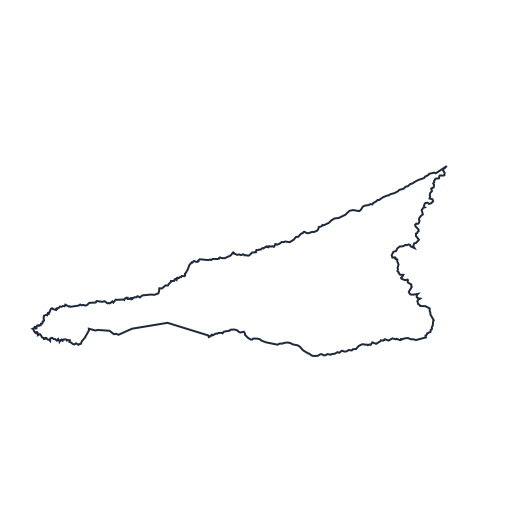 the district of Jaborandi, Bahia, Brazil, rotated 198°
{"feature_id": "56859067B63285014650329", "entity_name": "Jaborandi", "entity_type": "district", "adm_level": 2, "iso_a3": "BRA", "parent_name": "Brazil", "parent_adm1": "Bahia", "projection": "mercator", "projection_center": [-45.328, -14.136], "detail": "fine", "context": "isolated", "style": "outline", "palette": "slate", "viewbox_px": 512, "rotation_deg": 198, "n_neighbors": 0, "source": "geoboundaries", "source_scale": "gbopen_adm2", "svg_char_len": 6123}
<svg xmlns="http://www.w3.org/2000/svg" viewBox="0 0 512 512"><g transform="rotate(198 256 256)"><path d="M338.0,195.4L337.3,192.6L337.3,190.3L340.6,187.7L344.2,186.8L351.9,183.4L353.6,180.7L355.9,181.2L356.5,180.9L357.1,179.7L358.8,179.2L359.8,178.1L361.6,177.4L360.7,176.6L361.3,176.2L362.2,176.6L364.7,175.4L365.3,175.7L365.3,176.6L366.1,176.4L367.5,175.1L367.7,173.4L368.8,173.6L374.5,171.4L375.9,171.2L377.3,167.6L378.6,168.4L380.3,165.8L381.4,165.8L382.6,165.1L386.1,166.2L388.1,164.9L393.7,163.9L394.1,162.2L400.1,159.9L401.5,157.2L402.9,156.1L405.1,156.1L406.7,155.2L408.2,155.5L409.4,154.0L416.9,150.3L417.7,150.6L418.4,150.1L422.3,150.8L422.5,149.1L424.1,148.8L425.3,147.6L426.8,147.4L427.7,145.5L428.5,145.1L429.0,143.5L429.7,144.1L430.2,142.8L432.6,142.8L433.7,143.3L434.7,142.4L435.1,137.8L435.6,138.1L436.2,137.7L435.6,136.6L436.5,135.9L436.4,135.3L437.1,135.4L439.2,133.6L438.7,130.9L437.7,129.2L438.1,128.0L438.7,127.7L438.3,126.3L438.5,125.6L439.6,125.1L439.4,123.6L441.2,123.0L441.1,122.4L442.5,122.3L443.1,120.9L442.4,119.8L442.6,119.2L443.1,119.0L444.0,120.2L444.6,120.1L444.8,118.7L445.9,117.7L444.9,117.5L444.1,116.1L442.1,114.8L441.8,115.5L440.8,116.0L439.9,115.4L440.1,114.5L439.0,114.0L438.9,113.4L437.5,114.9L436.0,114.1L434.3,112.4L432.4,112.5L431.9,111.5L430.9,112.1L430.7,113.1L429.9,113.2L428.6,112.2L426.6,112.3L425.6,111.7L426.2,114.0L424.7,115.2L422.7,114.5L421.5,114.9L419.3,114.0L418.6,115.8L418.2,115.3L418.3,114.6L416.9,115.0L416.4,114.0L416.1,115.5L415.4,115.3L414.9,116.4L413.7,115.7L413.4,117.0L412.0,117.7L410.2,117.9L409.6,117.2L408.9,117.9L407.0,118.3L406.8,116.6L405.8,116.7L402.5,115.6L401.3,115.8L400.2,117.3L397.3,116.7L396.8,117.6L395.4,118.4L395.3,121.1L393.5,125.4L391.9,133.7L392.5,135.2L385.7,135.5L383.6,136.8L372.2,139.6L366.9,137.7L365.1,138.8L362.4,138.6L351.5,148.5L319.5,165.1L276.9,165.7L275.8,164.3L275.1,164.9L275.4,165.4L273.3,166.8L273.9,167.1L273.6,167.6L272.0,167.8L270.0,170.0L268.8,170.1L267.9,171.2L265.0,172.3L263.9,172.1L263.3,173.9L262.5,174.5L258.0,176.8L257.5,178.0L253.8,179.4L250.9,179.5L249.1,178.6L247.3,178.4L244.2,180.2L242.6,179.0L242.1,177.6L238.6,175.8L235.4,174.9L233.8,175.4L233.0,176.7L229.3,177.8L226.3,178.0L224.7,177.2L219.7,177.0L208.1,178.3L206.4,180.0L203.9,180.8L201.8,182.4L198.9,183.6L195.9,183.8L194.1,183.3L188.7,183.9L186.0,183.2L182.8,181.2L180.8,180.5L176.0,179.4L175.2,179.6L172.6,178.6L170.7,178.6L166.3,180.2L164.7,182.2L163.5,182.9L160.8,182.5L159.1,183.2L157.8,184.8L154.4,185.2L153.8,186.0L150.6,187.6L148.9,189.7L146.9,189.7L145.1,192.4L142.1,192.5L140.5,193.2L138.8,195.2L135.7,195.8L135.0,197.3L132.2,198.4L130.5,202.2L128.3,204.4L126.7,205.3L124.9,205.3L123.4,206.0L122.0,205.7L121.0,206.8L119.5,206.9L118.7,209.8L114.6,209.6L111.3,213.5L111.2,214.4L108.8,214.9L108.1,215.5L108.2,216.2L107.7,216.7L103.7,216.6L100.8,219.8L97.2,220.0L96.8,220.7L92.9,220.5L92.3,220.8L92.4,221.9L90.5,222.3L89.9,223.2L86.3,224.9L82.6,224.7L81.0,225.4L77.9,225.5L69.2,231.1L70.2,232.4L69.3,234.0L69.3,235.3L66.6,237.8L67.0,239.6L66.1,240.9L66.8,242.6L66.4,244.3L67.4,249.2L67.1,249.8L72.0,254.2L72.7,256.0L74.0,257.7L74.6,259.8L79.4,260.6L84.4,259.2L85.4,260.1L86.8,260.3L88.6,263.0L88.2,264.5L86.8,266.2L89.0,265.9L90.4,266.5L91.0,268.7L90.3,270.0L94.5,267.8L97.0,267.2L98.1,267.5L99.6,269.1L98.3,274.8L99.1,275.5L99.5,276.9L103.3,277.7L103.9,278.6L104.0,280.0L104.6,280.3L106.8,279.1L110.5,279.3L111.3,280.1L110.4,281.5L110.1,283.6L113.1,282.7L114.9,283.8L115.2,284.6L116.7,285.2L117.0,287.5L117.7,288.5L117.8,291.9L119.9,294.4L120.6,296.4L122.3,296.2L122.8,296.6L122.6,297.2L123.4,297.7L125.7,296.6L127.2,298.6L126.6,302.5L124.3,304.1L124.0,306.8L122.3,309.4L119.2,310.7L117.4,312.6L116.0,312.9L114.2,314.2L113.2,314.2L111.7,312.9L107.7,312.5L109.5,314.1L109.5,316.8L107.7,318.1L106.1,321.8L110.1,324.5L110.4,325.4L110.8,326.7L109.8,327.6L109.7,329.1L109.0,329.9L109.6,331.4L113.3,333.4L114.3,334.7L113.6,336.3L112.0,336.6L111.3,337.8L111.4,340.0L112.3,341.0L112.4,342.4L111.8,344.6L110.2,347.1L112.6,350.9L111.8,353.6L110.6,354.4L111.3,354.6L111.7,355.5L111.7,357.9L111.2,358.8L109.4,359.7L107.6,359.0L106.9,359.4L105.8,360.3L104.4,362.7L105.7,364.5L108.7,364.3L108.7,366.2L109.6,367.8L109.8,369.6L108.7,372.1L110.2,374.3L108.2,376.2L108.7,378.7L109.9,379.8L109.3,381.3L109.8,382.3L109.2,385.0L106.0,386.4L106.3,389.0L106.0,389.5L103.4,390.1L101.8,391.0L102.3,393.4L104.3,395.0L104.7,397.5L110.6,390.2L112.1,390.4L116.5,387.8L117.3,386.0L119.6,383.9L120.3,382.0L125.1,378.5L128.4,375.1L129.3,373.6L131.5,372.1L133.1,369.4L135.2,368.0L136.4,365.6L140.2,363.1L141.1,361.3L144.0,358.4L147.3,356.3L148.4,354.7L149.8,354.1L153.5,351.0L156.3,347.2L157.7,346.8L158.6,345.0L160.9,342.6L161.3,341.0L163.3,340.7L164.6,339.2L167.6,337.8L169.6,336.2L170.6,332.2L171.7,330.6L178.1,329.6L181.0,327.9L183.9,322.7L189.1,317.7L192.9,316.0L195.4,313.1L197.0,310.0L201.1,306.1L202.3,306.1L202.9,304.4L205.2,302.9L205.1,300.7L205.7,299.0L208.2,296.8L210.1,296.2L213.5,293.7L215.1,293.5L217.4,294.0L218.1,293.6L218.4,292.5L220.1,291.0L221.7,287.4L223.8,286.5L225.2,283.1L228.3,279.5L232.8,278.8L234.0,277.7L235.9,277.2L237.4,275.0L239.5,273.2L240.8,273.5L241.4,273.2L241.5,270.6L242.0,270.2L243.3,270.4L244.6,269.6L246.2,269.5L246.9,268.1L247.8,268.0L247.8,268.7L249.1,268.3L251.2,265.6L252.0,265.7L252.6,265.0L253.6,263.5L255.0,263.1L256.2,262.0L257.4,261.9L257.6,260.3L257.3,259.5L260.7,258.2L262.7,254.4L263.6,253.9L266.1,253.6L266.9,253.1L268.7,253.7L270.5,252.2L272.4,252.3L274.2,251.3L277.6,251.5L278.0,252.2L278.8,252.4L280.3,248.6L285.1,244.2L288.2,243.4L289.8,243.5L290.4,242.9L290.3,242.2L291.3,241.4L296.3,239.8L297.4,238.3L298.7,238.4L300.0,237.4L308.5,235.5L309.5,233.7L309.1,233.2L310.3,232.1L313.6,232.0L314.5,230.0L315.3,230.0L316.6,226.5L316.7,222.6L317.5,218.2L318.1,217.2L317.5,215.8L317.6,214.8L320.5,214.0L320.8,212.7L321.7,212.5L323.0,210.8L323.6,210.4L323.7,211.1L324.3,210.9L324.7,210.1L324.3,208.7L325.6,209.1L326.1,208.7L326.2,207.0L329.1,205.9L328.8,205.2L330.0,203.1L330.7,200.7L333.0,200.0L335.4,196.1L338.0,195.4ZM104.7,397.5L103.7,397.9L102.3,400.5L104.7,397.5Z" fill="none" stroke="#1e293b" stroke-width="2"/></g></svg>